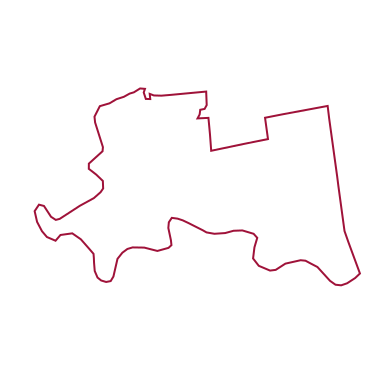 Roca Sales, Rio Grande do Sul, Brazil (Albers equal-area conic projection), rotated 264°
{"feature_id": "56859067B6825501314110", "entity_name": "Roca Sales", "entity_type": "district", "adm_level": 2, "iso_a3": "BRA", "parent_name": "Brazil", "parent_adm1": "Rio Grande do Sul", "projection": "albers", "projection_center": [-51.837, -29.244], "detail": "fine", "context": "isolated", "style": "outline", "palette": "rose", "viewbox_px": 384, "rotation_deg": 264, "n_neighbors": 0, "source": "geoboundaries", "source_scale": "gbopen_adm2", "svg_char_len": 1465}
<svg xmlns="http://www.w3.org/2000/svg" viewBox="0 0 384 384"><g transform="rotate(264 192 192)"><path d="M93.4,350.5L125.8,342.3L137.2,339.6L182.8,338.2L192.2,338.0L250.8,336.1L263.4,335.9L259.8,290.3L258.2,272.4L236.7,273.1L234.4,248.7L231.0,215.4L247.5,215.9L264.0,216.1L264.6,205.2L268.3,207.7L272.9,208.8L273.3,213.2L276.9,215.7L290.4,216.6L290.8,181.3L291.0,171.7L292.0,164.2L294.0,160.2L288.8,160.2L289.4,155.8L296.0,154.4L299.5,156.0L300.4,151.2L297.2,144.6L296.4,140.3L293.8,134.2L292.2,126.6L288.8,119.2L287.0,109.3L277.1,102.9L271.3,102.9L245.9,108.1L241.9,107.3L231.0,92.4L225.8,91.8L219.3,98.6L212.3,104.5L204.8,104.0L201.4,101.1L196.2,93.8L190.0,79.0L179.1,57.6L178.5,53.6L182.1,49.2L193.6,43.3L195.4,38.5L189.4,33.5L178.5,34.8L168.7,38.7L162.4,43.0L157.8,51.2L163.0,56.7L163.4,68.6L156.6,76.5L146.3,83.8L140.8,87.6L136.7,87.5L131.9,87.2L123.6,87.0L116.8,89.1L113.5,92.4L111.5,97.2L111.9,101.8L116.1,105.0L133.3,110.9L138.9,116.4L142.1,121.8L143.1,127.1L141.7,138.7L137.0,151.4L138.9,162.8L141.3,166.0L146.1,166.0L158.7,164.7L164.3,165.8L168.4,169.2L167.0,174.9L164.8,179.8L161.4,185.4L159.0,189.1L156.3,193.3L152.9,198.6L150.3,202.2L148.1,209.9L147.7,220.7L149.1,229.3L148.5,238.1L144.0,248.9L139.6,252.1L130.4,248.3L119.5,245.8L111.6,250.7L105.7,261.4L105.8,267.1L111.0,277.4L112.8,292.9L111.8,297.7L108.6,302.4L104.3,308.9L89.2,320.0L84.8,325.0L83.6,330.6L85.0,336.7L89.4,345.3L93.4,350.5Z" fill="none" stroke="#9f1239" stroke-width="2"/></g></svg>